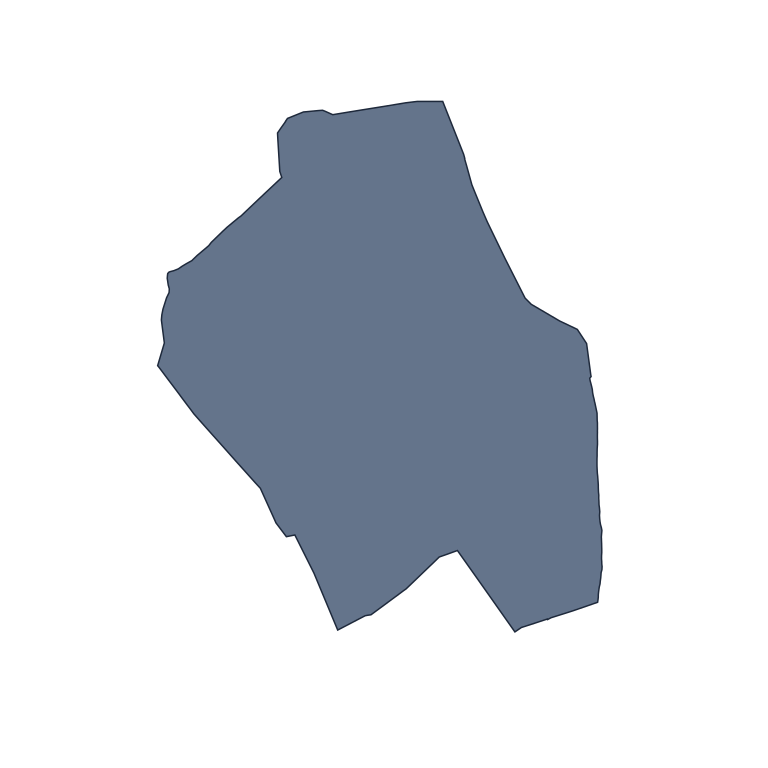 Mayfa'at Ans, Dhamar, Yemen (Natural Earth projection), rotated 338°
{"feature_id": "15242507B32732575993939", "entity_name": "Mayfa'at Ans", "entity_type": "district", "adm_level": 2, "iso_a3": "YEM", "parent_name": "Yemen", "parent_adm1": "Dhamar", "projection": "natural_earth1", "projection_center": [44.633, 14.515], "detail": "fine", "context": "isolated", "style": "filled", "palette": "slate", "viewbox_px": 768, "rotation_deg": 338, "n_neighbors": 0, "source": "geoboundaries", "source_scale": "gbopen_adm2", "svg_char_len": 2703}
<svg xmlns="http://www.w3.org/2000/svg" viewBox="0 0 768 768"><g transform="rotate(338 384 384)"><path d="M500.3,666.4L501.6,664.2L502.8,662.0L503.8,659.6L505.0,657.3L506.3,655.0L507.6,652.8L509.4,650.3L510.7,647.8L512.3,645.0L513.5,642.6L514.6,640.3L516.5,637.8L517.8,635.0L518.5,632.5L519.4,630.1L520.2,627.6L521.4,624.7L522.8,621.8L524.0,618.8L525.0,616.1L526.0,613.5L527.1,610.4L527.7,608.8L528.2,607.3L529.7,604.3L531.1,601.6L531.4,600.4L531.6,599.2L531.7,598.9L532.1,595.4L532.7,592.6L533.5,589.8L534.6,586.5L536.2,583.3L537.4,579.4L538.1,576.6L539.4,573.1L539.9,571.6L540.3,570.4L541.5,567.6L542.4,564.5L543.4,561.7L544.1,559.8L544.8,558.1L545.7,555.4L546.6,552.6L547.2,550.7L547.6,549.5L548.4,546.6L549.7,542.8L550.7,540.0L551.8,537.2L553.4,533.3L554.7,530.4L555.9,527.4L557.4,523.9L559.0,520.6L559.4,519.8L560.1,518.0L560.4,517.3L561.5,514.3L562.7,511.3L564.0,508.3L564.0,508.1L565.1,505.6L566.2,502.8L567.3,500.1L568.1,497.4L569.3,494.3L570.5,491.1L570.6,490.9L572.5,480.3L572.5,479.9L572.5,479.7L573.1,476.7L573.5,473.8L573.9,471.6L574.3,469.8L575.1,467.1L575.6,464.1L576.0,461.1L576.4,457.9L576.9,455.7L578.8,454.7L579.1,453.2L587.0,422.4L583.7,405.8L570.5,391.4L550.4,365.3L547.0,357.2L543.2,312.6L540.5,272.4L540.2,261.7L540.1,240.8L540.1,235.4L540.1,232.2L542.4,212.2L543.1,205.4L543.3,205.3L543.4,205.2L543.9,200.8L543.9,200.6L544.3,144.0L520.5,134.4L509.4,131.4L488.4,126.7L483.6,125.6L468.8,122.2L453.9,118.8L437.4,115.1L437.0,114.7L431.4,108.9L429.6,107.2L425.6,105.9L413.8,102.4L411.2,101.6L394.5,101.6L394.0,101.6L391.0,103.6L391.0,103.8L384.7,107.8L379.3,111.4L377.8,115.7L374.5,125.5L367.0,147.9L366.6,154.2L338.0,165.3L314.2,174.7L311.2,175.4L297.4,179.8L291.9,181.9L276.9,188.0L273.3,190.1L259.0,194.8L252.8,197.3L252.3,197.6L245.8,198.4L240.8,199.2L236.4,200.2L231.6,200.2L227.7,199.7L226.1,199.8L225.4,200.3L224.8,200.6L223.8,202.4L222.6,204.8L222.1,207.0L221.0,211.5L220.6,215.3L219.0,218.7L214.7,222.6L214.2,223.2L207.1,231.8L203.9,236.7L201.6,241.2L199.2,250.3L195.7,263.7L181.0,282.2L181.6,284.1L185.8,300.0L188.2,308.9L190.6,317.9L190.8,318.8L191.5,321.5L193.7,329.8L194.7,333.4L196.0,338.4L196.5,340.4L201.7,355.1L205.5,365.7L211.8,383.2L212.1,384.1L217.1,398.1L217.5,399.3L220.6,407.8L227.6,427.2L230.3,434.4L230.9,449.3L231.7,469.0L231.8,472.3L236.3,489.0L244.8,490.6L248.2,533.1L248.7,576.7L248.9,594.8L279.7,591.8L282.2,592.3L284.2,592.8L285.5,593.1L319.6,584.3L325.3,582.8L327.6,582.3L358.3,570.0L361.4,568.8L370.4,565.1L378.8,565.5L389.7,565.9L399.9,609.1L401.0,613.8L412.5,662.9L420.4,661.2L421.0,661.3L435.0,662.3L447.3,663.1L447.2,663.5L447.3,663.7L451.3,663.3L469.1,664.7L474.7,665.1L500.3,666.4Z" fill="#64748b" stroke="#1e293b" stroke-width="1.5"/></g></svg>